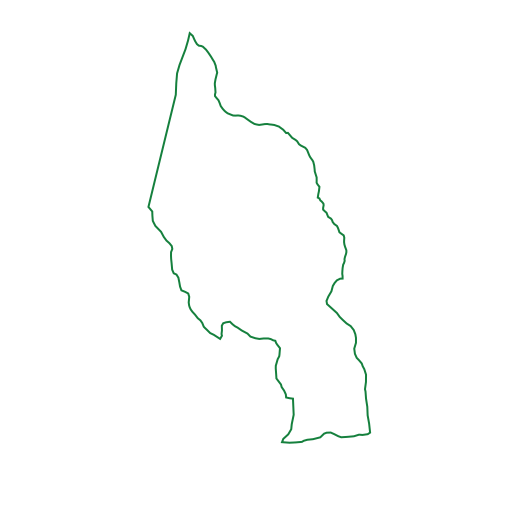 Ugentse, Samchi, Bhutan (Albers equal-area conic projection), rotated 136°
{"feature_id": "84629894B16110378208997", "entity_name": "Ugentse", "entity_type": "district", "adm_level": 2, "iso_a3": "BTN", "parent_name": "Bhutan", "parent_adm1": "Samchi", "projection": "albers", "projection_center": [89.003, 26.958], "detail": "fine", "context": "isolated", "style": "outline", "palette": "green", "viewbox_px": 512, "rotation_deg": 136, "n_neighbors": 0, "source": "geoboundaries", "source_scale": "gbopen_adm2", "svg_char_len": 3401}
<svg xmlns="http://www.w3.org/2000/svg" viewBox="0 0 512 512"><g transform="rotate(136 256 256)"><path d="M296.6,49.7L291.1,56.8L286.4,63.8L280.7,70.2L275.9,77.0L271.4,82.4L270.1,84.5L264.4,89.0L259.3,94.2L256.7,99.4L255.8,102.6L254.6,105.2L254.3,109.5L254.3,112.8L252.8,116.9L249.7,121.1L244.4,124.1L241.0,127.6L238.9,130.7L237.1,134.9L236.6,139.8L237.7,144.6L238.0,149.8L238.1,154.0L237.4,158.8L238.3,172.1L236.5,174.7L232.1,176.6L226.3,178.2L221.5,181.1L218.1,182.0L214.7,182.3L211.2,181.2L209.4,179.6L207.6,181.5L206.4,183.2L204.3,185.2L201.9,187.3L199.3,189.2L197.6,189.8L195.6,190.9L194.5,192.3L192.5,193.6L189.9,194.9L188.3,196.0L187.0,197.4L186.2,199.2L185.5,200.8L184.4,202.9L183.0,204.8L181.8,206.0L179.8,207.8L178.6,209.9L179.1,212.5L179.5,215.1L178.3,217.6L177.5,219.4L176.9,221.4L177.5,224.7L177.2,227.3L176.4,228.9L176.1,230.8L176.9,234.0L176.2,235.8L175.2,238.2L175.4,239.9L175.5,242.7L174.4,243.9L172.0,245.6L171.1,246.9L170.9,249.5L171.1,251.3L170.4,253.4L171.0,255.1L168.1,257.3L166.0,258.7L164.0,260.3L162.3,261.7L162.0,264.7L161.5,266.6L159.7,268.4L157.8,270.4L156.7,272.6L155.0,276.0L153.8,277.4L151.2,280.8L149.3,284.1L148.9,285.7L148.6,287.9L148.3,289.7L147.7,291.6L146.4,294.8L145.6,296.8L145.4,299.6L147.0,304.3L147.4,306.5L146.7,309.9L146.9,312.0L147.9,315.9L147.5,322.4L148.9,323.5L148.8,326.0L148.7,327.9L149.3,331.3L149.6,333.2L150.6,335.1L151.8,337.5L153.6,339.8L154.8,341.2L156.1,343.0L157.8,344.6L160.5,346.5L162.7,348.1L164.2,350.2L165.4,352.1L166.5,356.1L167.5,361.5L167.8,363.4L168.3,365.1L169.7,367.6L171.2,369.5L173.3,371.3L174.9,373.0L175.9,375.2L177.3,378.4L177.7,380.8L177.8,382.5L177.7,385.1L177.2,388.4L176.0,391.0L174.8,394.1L174.6,397.6L174.4,399.5L173.3,400.7L171.5,401.8L168.7,405.1L166.9,407.5L165.6,408.9L162.3,411.3L160.2,412.6L158.0,414.0L156.6,414.8L154.6,418.1L153.8,419.5L152.8,420.9L152.0,422.8L151.2,424.7L150.7,427.2L149.9,430.6L149.5,432.8L149.0,435.8L148.6,439.2L148.7,441.0L148.8,443.4L149.5,445.1L151.0,447.0L151.3,449.4L150.6,452.6L149.8,455.0L148.6,458.2L148.9,462.3L155.2,458.2L163.1,453.7L178.2,446.6L185.9,442.2L193.3,435.7L201.7,427.7L275.6,381.0L299.3,366.0L299.7,360.1L302.5,357.0L305.8,353.0L306.4,351.2L307.5,347.5L307.5,343.0L307.5,339.3L309.1,333.7L309.7,329.3L309.4,325.4L309.7,321.7L311.3,319.2L314.4,317.8L316.9,315.3L319.1,312.8L321.6,309.6L325.8,304.4L327.2,300.7L326.1,297.9L326.9,294.3L329.6,290.1L331.9,286.7L333.5,283.1L331.9,279.5L330.8,276.1L332.4,273.0L336.7,269.3L338.5,266.8L339.3,265.2L340.1,262.9L340.5,260.1L340.6,256.2L341.1,251.7L340.7,248.3L341.2,245.1L342.7,241.4L342.7,239.4L342.6,237.2L342.5,232.4L341.1,228.6L339.4,221.3L335.9,222.3L335.0,223.8L332.2,226.1L329.0,229.6L326.3,230.4L323.6,229.1L320.4,226.8L320.3,223.2L319.9,220.1L319.0,217.3L318.0,212.3L316.0,206.1L316.0,201.9L313.6,197.3L311.2,194.0L307.7,191.3L304.5,188.2L303.1,186.0L302.2,183.4L301.0,181.6L301.9,179.6L302.3,177.7L302.8,173.0L307.7,168.7L309.0,167.7L312.1,166.7L318.0,163.3L319.9,161.4L324.0,156.5L326.4,153.7L327.3,146.2L328.6,143.9L329.3,139.7L330.7,135.7L332.6,133.3L330.6,130.3L328.5,127.7L339.2,115.6L347.1,110.2L351.0,106.9L356.7,105.3L363.4,105.5L366.6,104.0L361.6,98.4L356.9,94.3L352.1,90.4L350.0,89.9L346.8,88.2L342.2,84.6L335.7,80.9L330.4,80.9L327.9,79.8L324.9,77.1L323.5,73.6L322.0,69.2L320.6,66.4L316.0,62.5L310.8,58.3L306.0,55.9L303.7,53.3L299.4,50.2L296.6,49.7Z" fill="none" stroke="#15803d" stroke-width="2"/></g></svg>